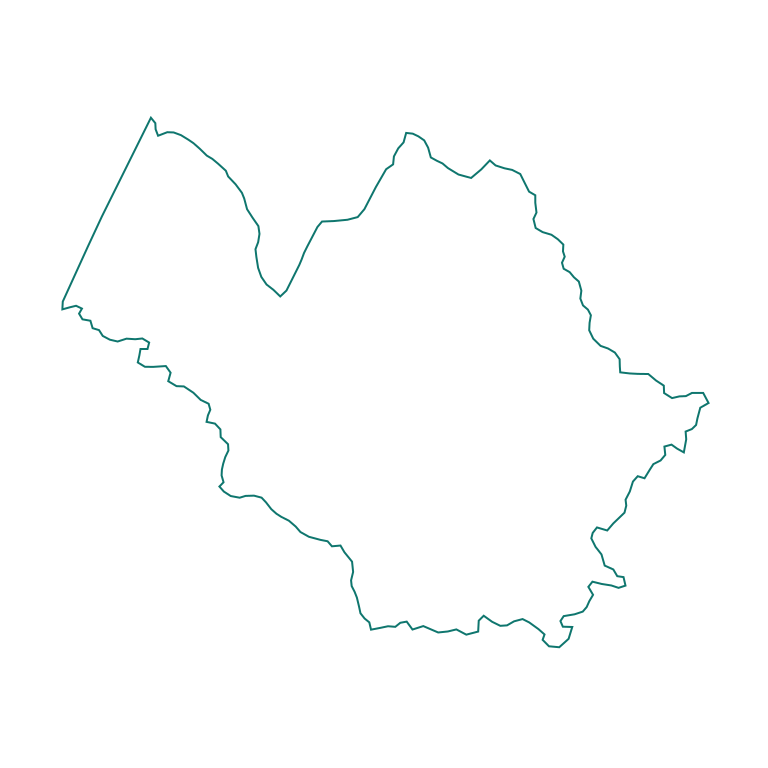 Maringá, Paraná, Brazil (Mercator projection), rotated 93°
{"feature_id": "56859067B20874146642258", "entity_name": "Maringá", "entity_type": "district", "adm_level": 2, "iso_a3": "BRA", "parent_name": "Brazil", "parent_adm1": "Paraná", "projection": "mercator", "projection_center": [-51.963, -23.405], "detail": "fine", "context": "isolated", "style": "outline", "palette": "teal", "viewbox_px": 768, "rotation_deg": 93, "n_neighbors": 0, "source": "geoboundaries", "source_scale": "gbopen_adm2", "svg_char_len": 3256}
<svg xmlns="http://www.w3.org/2000/svg" viewBox="0 0 768 768"><g transform="rotate(93 384 384)"><path d="M386.0,58.9L376.2,64.8L376.8,76.0L380.3,81.9L380.9,88.3L383.0,95.6L378.4,103.8L371.0,104.5L366.3,112.5L360.2,120.6L360.6,130.9L360.6,139.1L360.0,148.7L354.3,149.4L346.9,150.0L340.5,155.1L336.8,162.2L334.6,169.7L327.8,177.4L319.6,181.9L312.1,181.9L304.5,181.0L299.0,184.3L295.1,189.4L288.4,192.4L280.5,191.8L271.5,194.8L267.5,199.9L262.6,204.4L259.5,210.6L253.6,212.6L247.4,210.2L242.2,212.2L235.4,212.2L230.4,217.9L226.2,224.6L224.0,233.6L220.3,240.7L211.4,243.4L204.8,240.7L195.1,242.4L187.6,242.8L184.3,249.2L175.0,254.5L167.2,258.9L163.5,267.2L162.3,274.9L159.9,284.0L155.2,290.0L164.6,298.1L173.7,307.8L170.9,320.6L165.0,331.5L160.7,337.1L158.3,342.9L155.3,349.1L145.7,352.3L138.6,356.6L134.9,362.6L132.5,368.4L132.1,375.0L141.7,377.1L147.9,382.1L156.2,386.0L164.2,386.4L169.4,393.1L187.9,402.5L210.4,412.7L218.7,419.0L221.9,429.1L223.9,442.6L225.0,454.4L230.7,458.7L250.4,467.7L257.3,470.7L264.0,472.8L269.5,474.8L295.8,486.3L302.0,492.2L295.8,499.3L290.8,506.5L283.5,512.1L274.6,515.8L263.8,518.1L256.1,519.4L249.0,517.1L240.6,516.2L232.9,517.7L224.9,523.9L216.6,529.9L206.1,533.3L200.5,535.9L192.3,542.7L184.9,550.5L179.3,553.1L172.7,561.2L168.2,567.2L165.2,572.9L158.7,580.3L153.4,587.0L150.3,592.1L146.1,599.8L143.8,607.2L143.9,613.6L147.9,622.6L141.6,625.4L135.5,626.0L130.3,630.7L231.5,674.5L262.2,686.9L318.5,709.1L326.3,709.1L323.8,701.6L322.0,695.6L324.5,689.6L329.7,692.2L335.2,688.5L336.2,680.5L343.5,677.9L345.1,671.4L350.7,667.4L354.1,660.1L355.5,652.2L352.2,643.5L352.3,634.8L351.2,627.7L354.9,620.7L361.4,622.0L361.8,629.0L368.3,629.8L375.4,631.0L379.3,623.7L379.0,615.6L377.5,602.8L383.9,597.7L392.5,599.6L397.0,591.1L396.9,583.7L402.7,573.9L409.5,566.2L412.9,558.1L418.8,556.1L424.6,558.2L431.1,559.2L432.4,550.7L437.9,545.0L445.6,544.3L452.3,536.6L458.6,535.9L465.3,538.7L472.0,540.4L478.0,541.4L483.8,541.4L490.5,539.1L495.0,543.0L499.8,538.3L503.9,531.2L505.1,522.2L503.0,516.4L502.3,508.0L503.9,500.3L508.4,495.6L514.9,490.0L519.2,484.6L522.1,479.5L525.5,471.8L531.0,464.7L536.2,459.7L540.5,451.0L543.0,439.2L544.0,432.1L548.8,427.5L547.6,419.0L554.1,414.7L563.1,406.6L573.3,405.0L581.8,406.6L587.5,405.7L593.0,402.5L598.7,399.9L607.5,397.3L614.2,395.5L619.2,391.1L622.8,386.2L630.0,384.1L627.7,374.8L625.7,367.3L625.9,360.0L621.6,355.2L620.1,348.9L627.7,342.7L623.7,332.1L629.3,316.9L627.8,307.3L625.3,298.9L630.0,288.7L626.3,277.0L615.4,277.0L610.2,272.3L615.8,263.6L619.4,255.2L618.6,248.5L614.2,241.7L611.5,233.3L614.5,226.5L620.7,216.9L625.7,210.6L631.2,212.2L637.3,205.5L637.7,195.2L628.8,186.3L616.8,183.3L617.0,192.7L611.5,195.4L606.4,192.4L604.0,181.6L600.9,173.6L596.1,169.9L590.1,167.6L583.6,164.2L575.9,169.3L570.5,165.5L572.3,156.1L573.3,146.4L575.3,139.1L572.7,132.3L564.3,134.7L563.7,141.0L557.2,145.3L553.8,154.1L542.8,157.9L535.6,164.2L527.3,168.9L521.8,167.8L516.1,163.8L518.6,153.4L511.2,147.7L499.9,137.1L492.8,135.7L486.9,136.7L478.5,132.9L468.4,130.3L462.8,125.8L464.5,118.9L455.5,114.0L449.9,110.8L445.9,103.8L440.1,99.4L431.8,100.7L429.5,93.7L433.2,87.9L436.6,81.0L423.4,79.3L415.7,80.3L412.9,74.2L408.6,70.2L401.9,69.2L391.1,66.9L386.0,58.9Z" fill="none" stroke="#0f766e" stroke-width="2"/></g></svg>